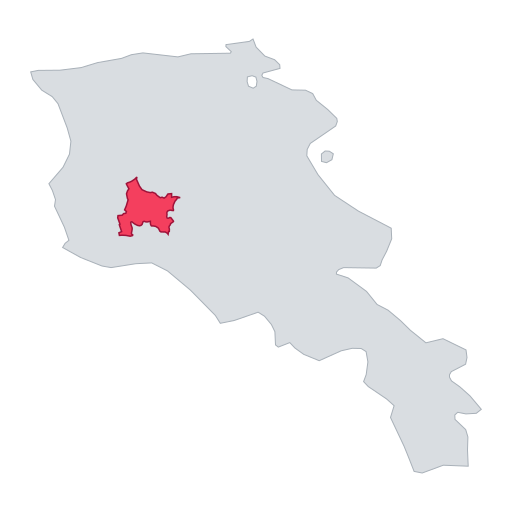 location of Ashtarak, Aragatsotn, Armenia
{"feature_id": "60910142B23777318825008", "entity_name": "Ashtarak", "entity_type": "district", "adm_level": 2, "iso_a3": "ARM", "parent_name": "Armenia", "parent_adm1": "Aragatsotn", "projection": "natural_earth1", "projection_center": [44.276, 40.353], "detail": "fine", "context": "in_parent", "style": "filled", "palette": "rose", "viewbox_px": 512, "rotation_deg": 0, "n_neighbors": 0, "source": "geoboundaries", "source_scale": "gbopen_adm2", "svg_char_len": 3326}
<svg xmlns="http://www.w3.org/2000/svg" viewBox="0 0 512 512"><path d="M220.3,323.3L215.4,315.5L190.5,290.2L167.5,270.9L151.7,262.9L135.8,263.7L111.1,267.6L102.0,266.0L80.6,257.5L62.6,247.5L65.1,243.3L68.9,240.3L64.4,227.2L54.5,206.2L55.5,199.6L52.4,190.5L48.9,183.7L63.0,167.3L69.5,154.1L70.9,141.2L67.2,127.9L58.0,103.7L52.3,96.7L41.8,90.2L32.9,79.5L30.7,71.9L38.2,70.4L60.0,70.2L81.1,67.6L97.6,62.6L121.5,58.4L131.4,54.7L142.9,52.9L177.9,56.9L190.9,53.8L230.3,53.2L231.3,51.7L225.9,46.6L226.0,44.6L249.4,41.4L253.0,39.0L256.1,47.1L264.9,56.1L274.6,59.7L279.7,64.7L280.0,68.4L263.0,73.0L261.8,75.3L263.0,77.5L268.0,78.6L291.9,89.9L305.5,90.2L312.7,93.6L316.3,100.3L327.7,109.5L336.8,118.4L337.3,121.5L335.7,126.0L310.3,143.4L307.2,149.4L306.8,155.8L318.0,174.7L334.6,195.4L358.4,211.1L391.2,228.2L391.7,238.8L386.6,251.3L382.1,259.9L380.2,265.6L376.2,268.1L343.6,267.6L338.7,269.6L336.5,272.1L336.4,274.1L348.1,277.9L366.5,291.4L377.1,304.5L388.1,310.2L400.5,320.6L410.4,330.3L425.9,342.8L443.0,338.7L466.0,349.9L467.0,357.5L465.6,364.2L451.3,371.6L449.5,374.7L449.5,377.2L451.5,380.9L459.9,386.9L470.0,395.9L481.3,409.3L476.3,413.3L465.9,413.9L457.7,412.3L454.8,415.0L455.0,419.4L465.7,429.6L467.9,437.0L467.5,449.9L468.2,466.2L443.3,465.2L422.2,473.0L414.1,471.4L408.7,457.6L404.1,446.3L390.5,417.5L394.1,405.7L386.5,398.9L368.3,386.6L363.6,381.6L366.2,374.6L367.9,361.9L366.1,351.6L361.2,348.5L352.2,348.3L341.2,350.8L319.2,360.7L303.8,354.4L294.9,348.0L289.8,342.6L278.3,347.1L275.5,344.9L274.9,331.7L271.4,324.5L264.5,316.2L258.1,312.2L234.5,320.4L220.3,323.3ZM256.3,86.2L257.0,81.4L255.9,77.1L252.1,75.7L247.4,76.9L247.1,81.6L248.5,86.2L253.2,88.2L256.3,86.2ZM331.9,159.7L326.5,162.7L321.5,161.4L321.4,154.0L325.1,151.0L329.3,151.2L333.3,153.8L331.9,159.7Z" fill="#d9dde1" stroke="#a8b0b8" stroke-width="1"/><path d="M180.2,197.6L176.8,196.7L174.1,196.7L171.6,197.3L171.6,196.4L171.6,193.6L167.9,194.0L166.0,196.8L164.1,198.1L162.1,197.2L160.2,197.7L156.9,195.3L155.5,193.5L152.4,192.2L150.3,192.6L146.8,191.9L142.0,189.7L139.4,186.0L136.5,179.4L136.8,177.5L136.5,177.4L134.8,179.1L133.5,180.0L131.7,181.2L130.0,182.0L127.4,182.9L126.3,183.8L127.4,186.0L128.9,188.8L127.5,190.9L126.5,193.8L127.4,198.3L128.1,199.8L126.3,205.9L124.6,209.9L126.4,211.5L125.8,213.3L123.6,213.6L122.2,215.2L118.0,215.6L117.7,217.8L120.0,224.2L119.3,224.7L121.2,230.4L121.6,231.6L118.9,232.8L119.4,235.4L122.0,235.2L125.9,235.4L130.2,236.2L131.0,236.0L132.4,235.6L132.6,235.5L132.7,234.8L131.7,234.2L131.4,233.2L131.8,231.4L132.2,228.9L132.1,227.7L131.0,224.6L130.7,222.5L131.2,221.8L131.9,221.8L134.4,223.8L137.5,225.4L139.6,225.8L141.0,225.4L142.1,224.4L143.0,221.8L144.1,221.3L145.9,221.9L147.5,221.9L150.4,221.3L150.4,223.6L150.7,224.8L151.4,225.9L153.6,226.0L155.7,226.4L158.1,227.9L159.0,229.3L159.8,231.1L160.9,231.9L165.3,232.0L167.4,233.3L168.1,234.3L168.6,231.5L169.3,231.4L169.4,229.1L169.0,227.7L169.0,226.8L169.5,225.7L170.4,224.7L170.5,223.7L173.1,221.9L173.5,221.4L173.4,221.0L172.4,219.7L170.8,217.6L169.7,217.5L168.5,218.2L167.6,218.2L167.0,217.9L166.7,216.6L167.0,214.6L166.8,212.8L167.1,211.9L168.0,210.8L169.9,210.2L171.2,210.2L171.9,210.5L173.4,210.5L173.5,209.8L173.0,208.1L173.1,206.3L173.5,204.5L175.0,201.2L175.6,200.5L176.6,199.4L177.3,198.0L180.2,197.6Z" fill="#f43f5e" stroke="#9f1239" stroke-width="1.5"/></svg>